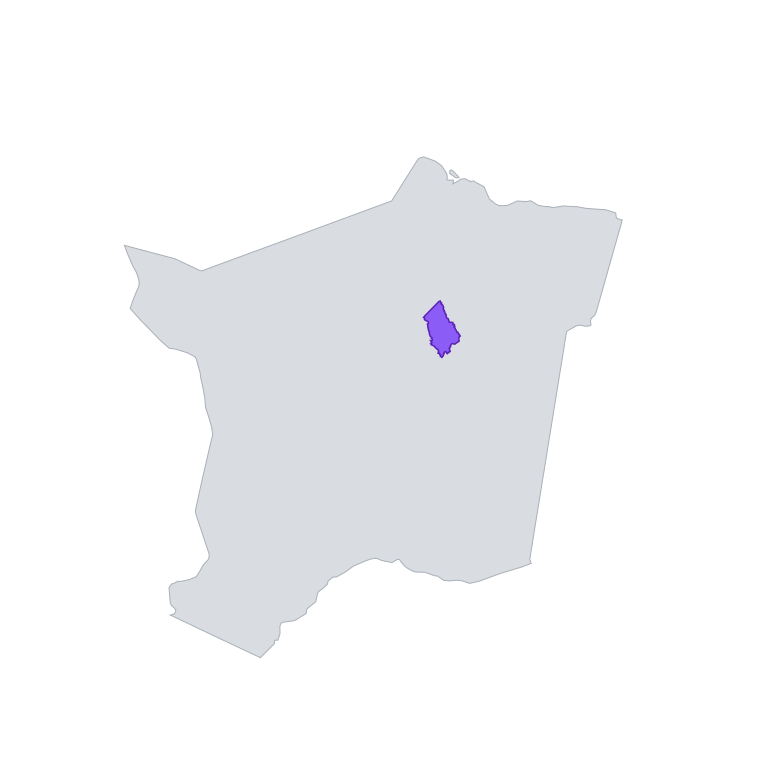 location of Mwingi East, Eastern, Kenya, rotated 250°
{"feature_id": "3690345B72019855775224", "entity_name": "Mwingi East", "entity_type": "district", "adm_level": 2, "iso_a3": "KEN", "parent_name": "Kenya", "parent_adm1": "Eastern", "projection": "mercator", "projection_center": [38.382, -0.927], "detail": "fine", "context": "in_parent", "style": "filled", "palette": "violet", "viewbox_px": 768, "rotation_deg": 250, "n_neighbors": 0, "source": "geoboundaries", "source_scale": "gbopen_adm2", "svg_char_len": 7506}
<svg xmlns="http://www.w3.org/2000/svg" viewBox="0 0 768 768"><g transform="rotate(250 384 384)"><path d="M165.1,461.0L164.9,451.7L166.2,427.9L166.1,407.0L167.3,396.5L172.4,389.9L174.8,385.0L176.5,378.3L179.2,372.8L185.4,368.4L186.5,365.9L192.9,358.4L196.8,348.8L199.8,345.6L203.4,342.6L206.0,341.0L210.3,339.4L213.6,338.5L214.2,337.7L214.5,336.2L213.4,330.2L214.8,328.3L217.1,324.3L219.7,320.6L222.0,318.3L223.4,315.8L224.0,311.6L224.1,308.7L224.0,303.8L223.3,292.8L220.6,283.6L218.9,273.3L220.1,269.9L217.9,263.9L216.9,263.5L215.1,262.2L212.8,256.5L211.1,251.3L210.1,250.0L202.7,245.4L199.1,234.7L195.0,232.3L192.7,221.7L192.3,218.6L194.6,208.0L194.4,205.5L192.0,203.3L185.1,201.0L179.5,196.6L180.2,195.1L180.6,193.5L177.6,192.4L169.1,174.2L180.1,163.3L191.3,152.2L205.5,138.1L218.6,125.2L229.9,114.1L240.0,104.1L239.8,106.0L239.8,108.6L241.1,110.1L243.1,111.2L246.0,110.0L248.5,108.5L251.0,108.2L266.2,112.3L268.7,115.9L268.6,119.8L269.2,122.6L268.0,125.5L266.8,134.0L267.2,141.8L271.7,147.6L275.8,152.2L279.0,158.6L281.4,160.6L284.7,161.6L295.1,161.8L310.5,162.3L325.4,162.7L326.7,162.8L329.9,163.7L343.5,172.3L356.0,180.2L366.6,187.1L376.9,193.8L386.9,200.3L394.7,205.6L402.3,207.3L414.7,208.1L423.3,208.3L431.2,210.6L443.0,212.7L451.9,213.8L457.2,215.0L471.9,216.2L474.4,215.5L480.9,209.5L488.2,199.8L491.0,194.5L500.5,189.2L517.0,181.8L528.7,176.5L541.7,171.3L547.6,175.9L555.7,183.2L559.4,186.8L562.3,188.4L566.7,189.4L572.1,189.5L575.0,189.3L581.0,188.3L595.1,187.5L603.1,187.5L596.3,197.2L588.2,208.8L573.3,230.2L562.0,241.5L553.4,250.0L552.6,251.5L552.7,261.0L552.8,284.1L552.9,330.4L553.1,376.7L553.3,422.9L553.4,446.0L553.4,453.8L560.9,463.5L568.3,473.0L578.0,485.6L583.2,492.3L584.1,494.6L583.8,499.1L575.8,508.5L569.3,512.8L560.4,514.9L557.8,514.5L554.3,513.1L553.0,515.4L552.0,518.9L550.0,518.2L548.5,517.1L549.4,523.4L550.3,526.5L549.0,530.7L544.7,534.3L544.3,537.4L535.0,545.5L521.9,546.3L515.0,550.4L511.9,553.6L509.6,560.8L510.4,571.8L506.7,580.3L506.0,584.5L499.2,590.0L496.2,595.1L494.0,600.2L492.1,602.5L489.8,614.0L486.6,621.0L485.7,623.3L485.0,625.4L482.5,629.5L480.9,632.3L479.8,634.2L471.8,652.1L465.5,660.2L460.6,659.2L457.3,662.4L457.0,663.9L455.2,663.0L451.1,660.1L442.7,654.0L434.3,647.9L425.9,641.8L417.4,635.7L409.0,629.7L400.6,623.6L392.2,617.5L383.7,611.4L378.8,607.8L376.6,605.7L374.9,601.5L374.1,600.5L371.8,599.2L369.2,598.9L368.4,598.1L368.5,596.1L369.4,593.2L372.5,587.6L372.8,584.3L372.2,580.6L371.2,574.6L370.4,573.3L364.8,570.1L353.1,563.6L341.4,557.1L329.7,550.5L318.0,544.0L306.3,537.4L294.6,530.9L282.9,524.4L271.2,517.8L259.5,511.3L247.8,504.8L236.1,498.2L224.4,491.7L212.7,485.2L201.0,478.6L189.3,472.1L177.6,465.6L173.2,463.1L169.3,461.0L165.1,461.0ZM554.3,524.5L552.2,525.0L553.3,521.9L559.3,517.8L561.8,518.7L562.2,519.7L562.1,520.5L561.1,521.3L554.3,524.5Z" fill="#d9dde1" stroke="#a8b0b8" stroke-width="1"/><path d="M433.1,444.1L433.0,444.3L432.7,444.6L432.3,444.6L432.2,444.6L431.7,444.4L431.3,444.1L431.1,444.1L430.7,444.1L430.4,444.2L430.4,444.3L430.1,444.4L429.9,444.6L429.4,445.0L429.2,445.2L428.4,445.8L428.3,446.2L428.1,446.4L427.7,446.6L427.4,446.7L426.9,446.8L426.7,446.9L426.4,446.8L425.8,446.4L425.7,446.0L425.6,445.6L425.5,445.3L425.4,445.2L425.1,445.1L424.7,445.2L424.6,445.3L424.4,445.3L424.0,445.1L423.4,445.1L423.2,445.0L423.2,444.9L422.0,444.5L421.6,444.5L421.4,444.6L420.7,444.5L420.4,444.6L420.1,444.4L419.9,444.2L419.7,444.2L419.3,444.2L419.0,444.2L418.6,444.2L418.3,444.2L418.0,444.4L417.8,444.6L416.8,444.1L416.6,444.1L416.1,443.9L415.2,443.8L414.1,443.8L413.8,443.9L413.6,443.8L413.5,443.7L413.3,443.8L412.9,443.8L412.4,444.2L411.8,444.4L411.6,444.5L411.4,444.7L411.0,444.6L410.9,444.4L410.8,444.6L410.7,444.5L410.1,444.6L409.8,444.6L409.7,444.6L409.4,444.6L409.2,444.5L409.0,444.3L408.6,444.4L408.4,443.9L408.6,443.1L408.9,442.6L407.8,442.8L407.0,443.0L406.5,443.3L406.4,443.0L406.3,442.8L406.2,442.5L406.2,442.2L406.1,442.3L405.6,442.2L405.3,441.8L405.1,441.8L405.0,441.7L404.9,441.7L404.7,441.8L404.3,442.3L403.6,443.1L403.2,443.4L402.7,443.9L402.2,444.1L401.6,444.3L400.7,444.7L399.5,445.2L399.0,445.6L398.7,445.7L398.5,445.9L398.3,446.2L397.9,446.3L397.7,446.5L397.3,446.6L396.9,446.4L396.7,446.5L396.4,446.5L396.2,446.3L395.9,446.3L395.6,446.3L395.5,446.2L395.4,446.1L395.2,446.3L394.9,446.0L394.9,445.7L394.7,445.6L394.5,445.3L394.3,445.5L394.2,446.2L394.1,446.3L393.9,446.3L393.7,446.5L393.4,446.5L393.2,446.6L392.9,446.5L392.8,446.4L392.6,446.5L392.5,446.8L392.3,446.7L392.2,446.8L391.9,446.9L391.7,446.7L391.6,446.8L391.4,446.8L391.2,446.8L390.8,446.9L390.9,447.0L390.6,446.9L390.5,447.0L390.4,446.8L390.3,447.0L390.2,447.1L389.9,447.1L389.7,447.2L389.7,447.3L389.4,447.3L389.2,447.5L389.3,447.6L389.4,447.9L389.5,447.9L389.6,448.1L389.8,448.4L389.9,448.5L390.0,448.7L390.0,448.8L390.2,449.3L390.4,449.4L390.6,449.5L390.9,449.7L391.0,449.7L391.3,449.6L391.2,449.7L391.2,449.8L391.3,449.9L391.3,450.0L391.5,450.2L391.6,450.3L391.8,450.4L391.8,450.5L392.0,450.5L392.0,450.9L392.2,451.0L392.2,450.9L392.4,450.8L392.5,450.9L392.5,451.0L392.6,451.3L392.8,451.3L393.0,451.4L393.0,451.6L393.2,451.8L393.6,452.2L393.6,452.3L393.3,452.5L393.2,452.9L393.2,453.1L392.9,453.2L392.4,453.5L392.2,453.5L391.6,453.5L391.1,453.6L390.8,453.7L390.8,453.8L390.9,454.0L391.1,454.1L391.2,454.5L391.3,454.5L391.3,454.8L391.5,455.0L391.4,455.1L391.5,455.5L391.4,455.6L391.5,455.7L391.7,455.9L391.8,455.9L391.8,456.0L391.9,456.3L392.0,456.5L391.8,456.6L391.9,457.2L392.0,457.2L392.1,457.4L392.2,457.5L392.4,457.3L392.7,457.1L393.0,457.2L393.3,457.3L393.5,457.4L394.2,457.2L394.8,457.3L394.9,457.8L395.0,457.8L395.3,457.9L395.5,458.0L395.8,458.1L395.9,458.6L396.0,458.9L396.1,459.1L396.3,459.3L396.6,459.5L396.7,459.4L396.8,459.3L397.0,459.3L397.1,459.6L397.5,459.9L397.8,460.0L397.9,460.3L398.0,460.4L398.1,460.7L398.3,460.9L398.5,461.1L398.5,461.5L398.7,462.0L397.2,464.1L397.7,465.7L398.5,469.2L401.4,469.9L401.5,470.0L401.9,470.1L402.2,470.5L402.4,470.5L402.5,470.7L402.6,470.9L402.5,471.0L402.7,471.4L402.8,471.5L403.0,471.9L403.0,472.0L403.6,472.0L403.7,471.9L404.2,471.7L404.4,471.5L404.5,471.6L404.9,471.7L405.0,471.3L405.3,471.2L405.5,471.3L405.9,471.1L406.9,471.0L407.1,471.2L407.4,471.2L407.5,471.1L407.4,470.7L407.5,470.6L407.6,470.3L410.6,470.1L410.9,470.0L411.0,469.9L411.7,469.9L412.3,469.7L412.7,469.8L412.9,469.4L413.3,469.3L413.6,469.4L413.8,469.9L413.9,470.1L414.1,469.9L414.5,469.9L414.5,470.0L415.0,470.3L415.3,470.5L415.7,470.5L415.9,470.4L416.0,470.3L416.0,470.0L416.1,469.9L416.4,469.9L416.5,469.8L416.7,469.7L416.6,469.3L416.9,469.4L417.0,469.4L417.5,469.6L418.2,469.7L418.3,469.7L418.5,469.4L419.7,466.5L423.4,466.7L423.6,466.6L423.7,466.4L423.9,466.1L424.4,465.8L424.5,465.7L425.4,465.5L425.8,465.5L426.3,465.4L427.2,466.0L427.6,466.0L428.3,466.1L429.8,465.4L430.2,465.6L430.5,465.8L430.8,465.8L431.0,465.8L431.6,465.5L431.8,465.5L432.1,465.4L432.2,465.6L432.5,465.5L432.7,465.8L432.9,465.7L433.0,465.6L433.8,465.5L434.0,465.4L434.7,465.4L434.8,465.6L435.1,465.8L435.3,466.1L435.5,466.0L436.0,466.1L436.3,466.2L436.5,466.2L436.6,466.3L436.8,466.3L437.0,466.2L437.4,466.2L437.5,466.1L437.9,466.1L438.0,466.1L438.4,466.0L438.6,466.0L438.6,465.9L438.8,465.9L438.9,465.7L439.0,465.7L439.3,465.4L439.4,465.5L439.5,465.4L439.8,465.3L440.2,465.3L440.3,465.2L440.4,465.3L440.4,465.2L440.6,465.3L440.8,465.3L441.1,465.4L441.3,465.3L441.6,465.1L441.9,465.2L442.1,465.1L442.4,465.1L442.5,465.2L442.8,465.2L442.8,464.9L442.7,463.7L434.8,447.2L434.2,445.9L433.1,444.1Z" fill="#8b5cf6" stroke="#5b21b6" stroke-width="1.5"/></g></svg>